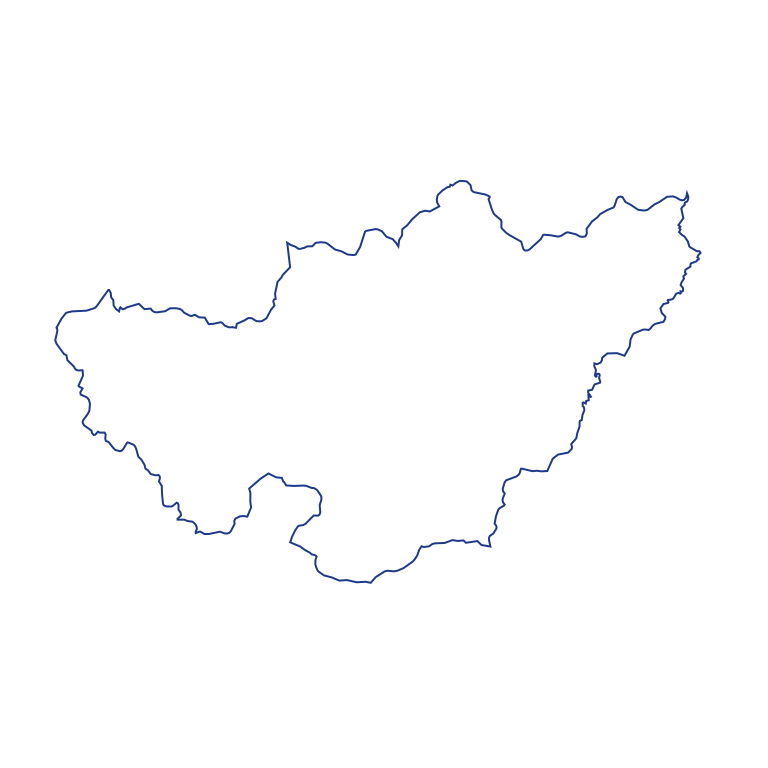 Phu Luong, Thái Nguyên, Vietnam, rotated 266°
{"feature_id": "81297802B92827581567655", "entity_name": "Phu Luong", "entity_type": "district", "adm_level": 2, "iso_a3": "VNM", "parent_name": "Vietnam", "parent_adm1": "Thái Nguyên", "projection": "orthographic", "projection_center": [105.735, 21.765], "detail": "fine", "context": "isolated", "style": "outline", "palette": "blue", "viewbox_px": 768, "rotation_deg": 266, "n_neighbors": 0, "source": "geoboundaries", "source_scale": "gbopen_adm2", "svg_char_len": 6126}
<svg xmlns="http://www.w3.org/2000/svg" viewBox="0 0 768 768"><g transform="rotate(266 384 384)"><path d="M462.9,61.2L462.0,61.8L459.6,61.8L450.5,59.1L447.0,60.1L436.3,66.8L434.8,69.2L429.9,69.8L423.4,75.6L420.9,76.8L419.8,77.7L418.8,79.9L418.8,84.1L418.4,84.3L413.3,84.3L403.5,79.1L402.7,79.7L400.6,83.0L396.9,80.5L394.6,80.7L391.5,86.5L389.0,88.5L384.7,89.3L377.8,88.2L374.9,86.5L369.0,81.5L367.4,80.7L365.7,80.9L363.5,82.1L357.9,88.9L355.3,89.4L353.3,90.9L353.6,92.5L356.4,95.3L355.4,96.7L355.0,102.0L353.0,102.8L348.9,102.1L346.7,102.5L345.3,105.3L339.6,109.1L337.0,111.3L335.4,115.8L335.7,117.6L337.4,119.4L343.2,123.5L343.7,124.3L340.8,130.1L339.3,131.3L336.8,132.2L328.5,133.9L325.6,136.6L320.0,139.5L316.3,140.1L314.1,142.7L310.5,145.0L308.9,149.5L308.9,152.8L307.6,153.8L305.6,153.9L302.5,152.7L297.9,155.2L289.1,154.9L279.8,155.2L278.4,155.8L277.1,158.1L276.6,163.3L277.2,165.0L280.1,168.9L279.3,170.1L277.6,170.6L273.1,170.2L270.0,172.0L267.5,172.4L266.9,172.2L264.0,168.7L263.1,168.6L262.6,175.3L261.0,178.5L260.0,183.2L259.0,184.6L256.6,186.4L254.2,187.2L252.2,187.1L249.3,185.7L248.4,185.9L249.6,189.5L249.5,190.5L246.9,194.4L246.6,199.0L248.1,210.1L246.1,214.5L245.8,217.6L246.4,219.4L247.8,220.9L254.9,225.2L258.2,225.1L260.1,226.5L262.0,230.9L262.1,234.7L261.2,238.4L270.2,242.8L275.7,242.4L284.7,243.1L289.1,242.2L298.3,254.5L302.8,262.5L298.4,270.0L297.5,275.5L293.8,276.7L292.9,277.7L289.6,279.4L288.6,287.2L288.3,296.6L287.8,299.4L285.3,304.7L285.2,306.3L284.4,308.0L282.5,310.2L276.3,313.6L273.1,313.5L267.7,311.4L260.5,311.5L258.1,310.5L257.3,309.1L257.7,304.7L250.1,296.1L248.8,293.2L248.6,289.5L248.0,288.3L244.4,285.3L237.7,281.5L232.6,279.4L227.6,289.3L224.1,293.3L221.1,298.0L218.9,300.3L218.5,302.3L217.2,304.4L216.5,304.7L213.3,303.4L208.8,302.9L205.5,303.7L202.7,304.7L201.2,305.9L197.3,310.7L194.7,318.4L191.0,325.7L191.0,333.3L188.1,343.0L188.0,351.8L186.6,356.9L191.9,362.2L197.0,371.6L197.5,374.4L196.4,380.8L196.8,384.3L198.9,390.5L201.6,395.0L205.2,400.7L207.3,402.7L210.7,405.2L216.2,407.6L219.5,410.2L218.6,412.3L218.9,417.5L221.1,421.3L221.5,423.8L221.2,433.4L223.5,441.5L222.3,446.5L222.4,452.4L219.9,454.6L220.8,466.2L216.6,470.0L214.4,478.8L220.7,477.9L223.4,478.1L225.0,478.9L227.3,482.7L231.9,486.0L233.4,486.3L235.0,485.9L237.1,484.6L244.3,486.5L250.6,489.2L252.0,490.5L254.0,494.7L255.3,496.0L257.8,494.4L259.3,494.2L260.9,494.3L266.5,496.8L268.5,495.3L271.1,495.1L277.3,497.4L279.4,499.1L282.5,509.6L284.2,512.1L286.0,513.3L289.9,514.6L289.9,515.7L286.7,526.0L286.8,530.6L285.9,534.7L285.8,540.8L297.7,547.1L301.5,552.8L302.7,562.9L306.3,566.8L308.2,567.2L310.8,566.5L316.4,572.0L321.8,573.5L327.9,576.1L332.7,576.5L333.6,576.9L334.1,578.7L339.4,579.9L344.0,582.1L346.8,581.8L348.2,580.7L351.5,580.9L351.7,582.0L350.4,583.9L353.0,584.5L353.5,587.1L358.1,587.1L356.7,589.1L356.9,589.5L361.0,587.1L363.2,587.2L363.7,591.2L368.2,593.6L369.0,594.5L370.2,599.5L371.3,599.9L374.9,599.0L377.9,599.8L378.9,599.5L379.3,598.9L379.2,597.3L378.5,596.5L376.8,596.6L376.5,596.0L377.6,595.0L383.1,596.4L386.8,595.1L389.9,595.3L388.9,598.0L390.3,601.6L392.6,603.1L395.0,603.5L398.9,608.9L398.5,618.7L395.4,625.9L404.2,631.7L411.0,633.0L416.1,635.7L416.9,636.6L420.1,645.9L420.2,648.3L419.4,651.7L420.4,653.3L423.5,656.1L425.1,658.9L426.5,667.1L429.1,668.9L431.5,669.4L435.4,666.1L440.1,665.0L444.3,668.4L445.1,673.1L445.7,673.5L447.7,672.8L448.1,673.2L448.1,675.8L448.8,678.3L453.7,681.8L454.4,684.0L453.5,685.7L453.7,686.3L455.8,686.3L455.4,687.6L456.0,688.8L458.8,689.0L462.0,686.8L464.6,687.9L468.2,690.6L469.9,690.1L470.7,690.3L472.8,693.1L474.3,692.0L477.0,692.7L479.7,697.8L482.1,698.1L482.9,698.7L484.6,704.4L486.0,705.3L486.3,706.6L487.4,706.7L488.6,705.4L490.7,706.6L492.6,708.9L494.5,707.9L494.7,705.2L499.1,699.0L500.1,698.1L504.7,697.2L510.0,694.2L512.3,691.2L515.0,688.9L517.6,690.6L518.9,689.4L520.2,690.6L522.0,688.8L528.5,694.2L538.2,692.8L539.8,694.0L541.7,696.5L542.3,696.2L544.1,697.0L545.0,699.2L547.0,700.3L549.7,700.6L553.1,699.6L548.8,698.4L546.7,696.2L546.4,694.5L547.0,692.4L549.7,688.3L551.0,685.3L551.0,679.4L546.3,671.3L544.4,666.6L539.3,658.9L538.9,655.9L539.8,650.6L540.4,649.2L545.3,643.0L548.7,637.6L553.7,635.0L554.4,633.3L554.2,630.9L552.1,629.0L546.2,626.7L544.1,625.3L541.9,618.8L538.4,611.5L535.5,608.6L531.7,602.9L524.6,596.9L519.9,596.8L517.3,595.3L516.9,592.5L517.5,589.7L519.9,586.0L522.5,578.0L522.2,576.1L519.3,570.7L518.9,568.0L520.7,560.8L521.8,553.9L521.5,553.1L517.6,550.5L508.1,538.6L507.2,536.3L507.4,533.9L508.3,532.8L509.8,532.2L516.4,530.8L523.7,519.7L526.2,516.5L530.8,512.5L532.1,512.0L537.7,512.5L539.5,512.0L544.9,506.5L546.5,505.3L550.1,503.9L561.1,501.2L562.8,502.4L563.7,502.4L565.9,498.5L569.2,486.8L571.1,484.9L576.3,484.2L579.5,481.5L580.5,480.1L581.4,473.9L579.6,469.6L577.2,466.3L578.2,464.2L576.1,463.3L576.1,461.4L573.0,455.8L569.2,451.3L567.8,450.4L563.9,449.5L561.3,449.7L557.3,451.5L552.9,441.6L554.0,437.3L552.8,431.7L546.4,423.7L540.4,417.9L537.1,413.0L531.1,412.4L526.4,409.1L520.3,407.9L524.3,405.6L527.9,402.8L530.7,396.7L536.5,392.6L538.8,388.3L539.1,386.2L538.0,376.8L537.2,375.7L522.5,369.8L515.1,364.8L514.7,363.0L515.7,356.8L519.3,350.8L521.6,344.5L528.1,337.2L529.2,335.0L529.8,330.9L529.6,325.7L526.4,322.1L526.6,316.8L525.5,314.4L524.6,309.5L525.0,307.7L527.2,305.2L529.1,300.8L531.7,297.3L507.0,298.5L499.7,290.4L497.8,289.4L493.2,284.9L481.6,281.6L476.4,281.9L476.1,280.3L474.4,279.3L469.9,280.2L466.2,276.6L457.8,271.4L455.4,267.0L455.1,265.2L455.6,261.1L458.8,256.8L459.3,253.3L457.2,249.3L454.3,241.4L450.4,240.3L451.3,236.5L451.3,233.4L453.2,229.4L456.3,226.8L457.0,225.5L455.9,217.6L456.0,213.2L462.7,209.9L463.4,204.2L466.3,200.1L465.2,196.7L465.6,195.3L469.0,189.7L472.0,187.3L473.2,185.3L474.1,181.7L474.4,175.7L471.9,170.9L471.3,162.5L471.8,159.9L473.2,158.0L475.5,156.5L475.4,150.3L481.1,145.0L478.3,132.4L477.4,131.3L476.8,129.0L477.0,128.2L478.9,126.4L478.4,125.8L474.9,124.8L477.3,122.0L481.1,119.8L486.6,119.8L489.5,117.9L494.2,117.7L497.0,116.3L497.0,115.5L481.5,102.7L479.9,100.7L477.9,92.4L478.2,77.8L477.2,71.9L471.8,66.9L462.9,61.2Z" fill="none" stroke="#1e3a8a" stroke-width="2"/></g></svg>